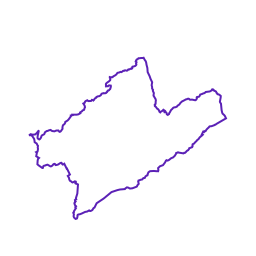 Pietrosani, Arges, Romania (Albers equal-area conic projection), rotated 243°
{"feature_id": "2599482B78356313934610", "entity_name": "Pietrosani", "entity_type": "district", "adm_level": 2, "iso_a3": "ROU", "parent_name": "Romania", "parent_adm1": "Arges", "projection": "albers", "projection_center": [24.853, 45.151], "detail": "fine", "context": "isolated", "style": "outline", "palette": "violet", "viewbox_px": 256, "rotation_deg": 243, "n_neighbors": 0, "source": "geoboundaries", "source_scale": "gbopen_adm2", "svg_char_len": 5827}
<svg xmlns="http://www.w3.org/2000/svg" viewBox="0 0 256 256"><g transform="rotate(243 128 128)"><path d="M183.5,173.8L183.7,172.9L184.6,171.0L185.0,169.7L185.4,169.0L184.9,167.7L184.9,167.4L185.1,166.9L184.4,165.7L183.7,165.0L182.9,165.5L182.6,165.4L181.8,164.4L180.8,164.3L180.4,163.9L180.0,162.7L180.3,160.6L180.6,159.9L180.2,159.2L179.3,158.9L179.1,158.2L179.2,157.8L179.7,157.2L179.6,156.5L179.6,155.5L179.9,155.3L180.0,154.6L179.6,153.9L179.5,153.5L179.7,152.8L180.3,152.2L180.8,151.4L180.7,150.4L181.1,149.9L181.1,149.3L180.9,148.8L180.8,147.5L180.9,147.3L181.4,146.9L181.5,145.1L181.9,143.8L181.7,143.1L181.0,142.0L180.7,140.2L180.7,138.4L180.3,137.3L181.3,135.2L181.6,134.9L181.1,134.6L180.7,134.8L180.1,134.7L179.3,134.1L179.0,134.1L178.7,133.8L178.2,132.2L177.9,129.9L177.5,128.6L177.1,128.2L175.8,127.7L175.3,127.3L175.0,127.3L174.9,128.2L174.3,129.0L174.6,130.1L174.5,130.6L173.6,131.9L172.6,131.5L170.8,129.8L170.6,128.8L170.3,128.4L170.2,127.5L170.5,127.1L170.3,126.5L169.6,125.8L169.7,125.3L169.2,124.6L169.3,123.5L169.7,122.6L170.1,122.2L170.1,121.5L170.5,120.8L170.4,119.8L169.6,118.7L169.5,118.2L169.4,116.9L169.9,115.5L169.8,114.4L170.0,114.1L169.9,113.8L169.4,113.3L169.4,112.1L168.9,111.0L168.5,110.6L168.5,109.9L168.3,109.6L169.0,109.2L169.5,108.6L168.9,107.6L168.9,107.3L169.9,105.0L170.2,104.7L171.2,104.3L171.2,102.3L170.8,101.5L170.1,100.8L170.1,99.3L167.6,99.5L166.0,99.1L165.3,98.1L164.4,97.4L164.1,97.0L164.3,95.5L163.8,94.6L163.6,92.4L162.8,92.3L162.7,90.0L163.2,88.3L165.1,84.5L164.6,84.4L165.1,82.7L164.4,82.5L162.6,79.0L162.1,77.5L161.9,74.9L161.2,74.4L160.5,73.5L160.2,72.5L160.1,71.6L159.4,70.7L158.0,69.7L157.0,69.3L155.6,66.6L155.5,65.7L155.7,65.2L157.4,64.8L158.3,63.0L158.4,61.0L159.7,59.1L160.6,58.5L161.4,58.2L161.8,56.8L161.9,55.0L162.2,54.2L161.9,52.1L161.6,51.7L160.8,51.0L160.5,50.3L160.5,48.0L160.1,47.2L159.1,46.3L158.6,45.5L158.1,44.4L158.1,43.7L159.5,42.9L160.3,42.9L162.2,44.1L165.6,46.9L166.0,47.0L166.1,46.9L164.9,44.3L164.4,42.5L165.2,40.2L166.7,38.4L166.4,36.5L165.9,38.0L164.6,39.0L161.1,39.4L159.7,39.1L157.7,38.4L155.6,39.6L153.8,39.5L153.0,39.7L151.4,38.6L150.7,38.5L149.9,38.1L148.1,36.7L148.2,35.2L147.2,35.5L144.5,33.4L141.7,35.1L141.3,33.8L140.0,32.7L136.8,30.8L135.5,31.3L131.3,33.5L131.1,34.0L132.4,35.2L132.5,36.2L132.3,36.7L132.1,37.7L132.2,38.3L131.8,39.7L129.0,41.5L128.7,42.4L129.0,44.0L129.3,44.4L129.6,45.3L129.4,46.3L129.0,46.6L127.9,46.6L127.7,46.8L127.2,48.9L127.5,51.9L127.3,52.8L126.9,53.0L125.6,53.0L125.0,53.3L125.0,54.2L125.1,55.0L119.6,54.9L119.6,55.2L112.9,55.1L112.6,52.6L110.5,52.8L108.7,52.3L107.4,52.3L106.3,53.1L105.5,53.3L104.7,53.8L104.6,54.8L104.6,56.4L104.2,56.5L103.9,57.1L103.5,57.1L103.3,56.6L102.7,56.0L102.3,56.1L101.8,56.7L100.4,57.8L92.6,53.1L89.1,49.7L88.0,49.5L88.1,49.1L87.9,48.0L87.1,47.8L86.5,47.9L86.5,47.5L86.0,47.4L85.8,47.1L85.8,46.7L85.4,46.1L84.9,46.1L84.1,45.8L82.8,45.8L82.0,46.2L81.9,46.2L81.9,45.7L81.4,45.1L80.8,44.9L80.2,45.2L78.4,42.1L77.6,41.4L77.5,41.1L77.2,41.2L77.0,40.7L75.6,40.6L74.6,39.8L73.9,39.4L72.7,39.3L70.8,40.0L70.6,40.9L70.6,41.5L72.0,42.8L73.1,43.3L73.5,43.9L73.4,44.8L73.0,45.9L72.8,47.9L72.7,51.7L72.1,53.7L72.2,55.9L71.7,56.0L71.1,56.8L71.0,57.9L71.1,59.0L72.3,61.0L72.3,62.0L75.2,65.9L76.2,74.3L78.4,84.2L77.5,90.2L76.9,92.8L75.0,97.5L75.3,98.0L75.6,100.1L74.7,101.2L73.2,102.2L72.3,104.5L71.8,109.0L71.9,109.5L72.6,110.2L73.4,112.2L75.8,112.8L76.4,113.5L76.2,113.9L76.3,114.3L76.1,116.0L75.8,116.9L75.7,117.5L76.3,118.5L76.3,119.3L76.0,119.8L75.9,120.3L76.0,120.5L76.9,121.5L77.1,122.6L77.0,123.8L77.4,124.3L77.7,124.3L79.2,126.0L79.5,127.6L79.4,128.3L78.0,131.5L76.8,133.4L75.8,135.2L76.7,136.0L77.1,136.1L78.6,136.6L79.4,139.1L79.0,142.3L80.5,145.4L81.7,147.0L81.8,147.4L81.8,147.8L81.1,148.2L80.9,149.1L80.9,149.9L81.5,152.8L81.3,154.7L82.0,157.1L83.3,159.2L83.9,159.7L83.6,160.6L83.7,161.4L83.6,161.6L83.3,161.7L80.2,165.9L80.4,166.8L80.1,167.1L80.0,167.7L80.2,168.2L80.3,168.7L80.7,169.5L81.0,170.8L80.9,171.5L81.1,171.8L81.6,172.9L82.2,173.4L81.9,175.1L82.0,175.9L81.8,176.4L82.2,177.0L82.8,177.5L83.5,177.6L84.2,178.3L84.1,179.3L84.2,180.0L84.6,180.8L85.1,182.3L85.2,182.9L85.8,184.1L86.0,185.0L86.0,185.6L87.1,187.6L87.9,191.2L88.0,191.4L88.6,190.7L90.6,193.3L89.9,193.9L90.5,194.6L90.1,194.9L90.0,195.7L90.9,197.1L91.5,198.8L91.9,200.4L92.2,200.8L92.4,201.4L92.2,202.0L91.7,203.2L91.3,206.3L91.5,206.6L91.3,207.1L91.3,207.7L91.5,208.8L92.1,219.7L94.7,219.8L95.8,219.6L97.9,218.8L99.0,218.9L101.4,219.5L107.5,221.9L108.9,221.7L109.7,221.8L113.1,224.4L114.4,225.2L116.2,224.5L117.4,223.2L117.9,223.3L118.2,223.0L118.7,223.1L119.2,222.8L120.4,223.0L121.3,222.5L121.7,222.0L122.9,221.6L122.9,221.2L124.0,221.1L124.2,220.4L123.7,219.8L123.4,218.3L123.5,217.3L124.8,213.6L124.5,212.7L124.4,211.7L124.7,210.8L124.6,210.1L125.0,207.5L124.2,206.6L123.7,205.7L123.7,205.2L124.3,203.6L124.1,203.1L123.1,202.8L122.4,201.9L122.1,200.8L122.5,200.1L124.2,198.0L125.0,196.2L125.4,195.8L126.0,195.7L126.6,195.3L127.0,194.2L126.9,193.4L127.2,192.7L127.1,189.5L127.2,188.5L126.6,186.2L125.6,184.3L125.4,182.3L124.9,181.5L124.9,179.9L125.3,178.8L125.5,177.8L125.3,177.0L124.8,175.9L124.6,174.9L124.3,174.3L122.9,172.3L122.6,171.6L121.8,170.9L121.8,169.9L121.6,169.4L122.6,168.8L124.2,169.2L124.8,169.0L125.4,168.4L125.5,167.7L125.8,167.7L126.0,168.5L126.6,168.3L126.7,168.6L128.2,167.8L127.7,166.5L127.6,164.4L127.3,163.8L128.2,163.4L129.7,163.6L130.7,163.4L131.1,163.4L131.8,162.8L134.2,162.4L135.2,161.9L135.6,161.9L136.0,162.4L136.7,162.5L136.9,163.4L137.1,163.6L138.9,164.6L140.0,165.4L141.4,165.7L143.6,165.5L144.3,165.6L145.0,165.4L145.4,165.5L147.4,166.9L149.9,167.0L150.6,167.6L152.2,167.4L153.6,168.1L155.4,168.5L157.8,170.3L161.5,170.4L164.4,170.8L168.9,170.9L172.7,172.5L175.9,173.2L178.1,173.9L179.4,174.1L181.3,173.8L183.5,173.8Z" fill="none" stroke="#5b21b6" stroke-width="2"/></g></svg>